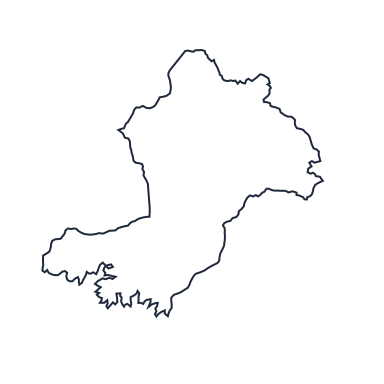 Patrocínio Paulista, São Paulo, Brazil (Mercator projection), rotated 199°
{"feature_id": "56859067B95718111094950", "entity_name": "Patrocínio Paulista", "entity_type": "district", "adm_level": 2, "iso_a3": "BRA", "parent_name": "Brazil", "parent_adm1": "São Paulo", "projection": "mercator", "projection_center": [-47.28, -20.694], "detail": "fine", "context": "isolated", "style": "outline", "palette": "slate", "viewbox_px": 384, "rotation_deg": 199, "n_neighbors": 0, "source": "geoboundaries", "source_scale": "gbopen_adm2", "svg_char_len": 4531}
<svg xmlns="http://www.w3.org/2000/svg" viewBox="0 0 384 384"><g transform="rotate(199 192 192)"><path d="M312.1,83.5L310.3,77.9L308.8,74.4L308.6,72.0L307.8,68.9L305.1,68.2L303.5,71.1L301.2,68.9L298.0,68.5L295.1,68.6L291.8,69.7L290.1,72.0L288.5,74.6L286.3,75.9L283.8,75.0L283.5,71.5L281.5,68.5L278.7,67.7L276.1,68.6L274.4,72.0L272.2,74.4L270.4,72.3L269.7,70.1L268.3,67.7L266.4,70.5L266.4,73.3L265.6,76.7L265.4,79.4L265.5,82.2L263.3,81.4L261.1,81.9L259.3,83.9L255.8,83.1L255.4,87.3L255.5,91.0L255.2,93.3L253.4,96.2L249.4,94.2L250.3,91.8L250.2,88.9L247.5,87.2L247.5,84.6L244.4,86.2L239.4,86.6L236.7,87.0L238.7,84.0L242.4,83.9L245.1,81.5L248.6,81.1L250.2,79.1L252.0,77.2L253.8,73.5L250.8,72.7L247.3,72.3L249.2,69.0L250.8,66.2L247.0,66.3L248.6,63.9L245.6,62.4L242.6,62.4L242.3,60.0L243.0,57.3L239.0,58.6L236.9,62.1L235.4,59.0L235.8,56.3L233.8,54.6L232.1,58.6L230.9,61.9L228.0,60.7L226.8,63.7L228.6,68.0L230.4,71.3L226.7,72.9L226.1,70.4L224.1,69.3L223.5,65.7L221.5,63.2L219.0,61.5L218.5,63.7L216.7,65.2L212.8,63.7L213.0,66.4L214.6,69.4L215.8,72.7L213.3,75.1L211.4,77.9L211.2,80.7L208.9,79.0L208.4,75.3L207.4,72.6L206.7,69.7L204.1,70.5L201.7,70.3L201.3,72.7L200.0,75.1L196.2,77.2L195.4,74.4L195.7,69.2L193.6,72.4L190.5,75.0L188.3,76.0L187.9,72.5L188.8,70.1L186.8,67.5L187.3,64.5L185.1,62.7L184.1,65.6L182.1,68.4L179.2,71.2L178.2,68.2L174.4,66.7L174.6,69.3L174.5,72.5L173.5,75.8L174.5,78.8L176.1,82.2L177.2,85.2L175.8,88.7L173.2,90.9L171.1,92.4L168.9,94.9L167.0,97.4L164.8,100.1L164.2,103.7L164.2,106.9L163.4,111.5L162.7,114.3L161.5,116.2L158.0,118.8L154.7,121.8L153.2,123.9L151.7,125.8L148.5,129.4L144.8,133.1L143.9,135.8L144.8,139.5L145.2,143.4L144.8,146.0L144.5,148.7L144.2,151.6L144.8,154.3L145.4,157.4L146.3,160.5L147.8,164.0L148.5,166.6L149.6,168.7L151.9,170.4L151.3,173.2L149.0,175.5L146.3,177.2L145.1,180.6L141.9,182.8L140.8,185.9L141.5,189.0L139.6,192.1L138.3,195.5L138.8,198.3L138.5,201.3L137.7,205.0L136.0,207.7L132.6,207.7L130.7,209.9L128.3,209.3L126.6,211.3L125.4,214.2L123.7,215.7L122.7,219.4L120.3,220.1L117.8,219.8L114.6,220.1L111.5,221.2L107.9,222.2L103.8,223.6L100.7,223.0L97.1,225.4L92.9,225.4L92.2,223.2L89.4,223.6L85.2,223.2L83.3,221.7L81.0,222.3L81.3,224.6L78.8,226.7L77.9,228.9L77.9,232.1L78.4,235.0L77.8,239.0L74.7,242.5L71.9,245.1L74.3,246.7L76.0,248.1L80.0,247.3L81.5,248.9L83.9,249.6L85.8,247.9L89.2,248.5L89.7,251.9L87.3,255.2L90.6,257.8L88.7,260.3L85.7,259.6L83.4,261.2L80.7,263.0L82.8,266.1L84.5,268.8L85.1,271.4L87.8,272.7L91.2,272.8L94.4,276.2L96.9,279.8L98.8,282.4L101.0,284.1L104.4,285.4L107.1,287.0L109.9,286.9L113.7,286.5L116.1,288.6L117.4,291.0L118.0,293.6L120.0,294.7L122.6,295.5L126.0,294.5L129.7,294.9L134.1,296.2L136.2,299.0L139.7,299.3L142.6,299.0L145.7,298.9L147.1,301.3L150.6,301.3L153.1,300.5L154.5,302.6L152.9,305.4L151.4,307.9L150.8,310.6L152.1,313.9L151.3,316.1L153.2,317.7L155.6,318.3L153.9,320.4L156.8,324.4L159.9,325.1L163.1,325.8L166.0,325.4L167.7,322.0L169.4,319.4L171.4,316.4L175.6,317.4L177.2,315.3L177.2,311.9L180.2,311.6L182.7,312.6L184.0,309.3L187.4,311.5L189.2,310.3L191.6,310.2L194.7,308.3L198.0,308.1L200.2,309.2L201.4,311.4L204.0,312.0L205.1,314.0L206.7,315.8L208.1,317.5L210.2,319.5L212.7,321.7L214.2,324.0L216.0,322.0L218.2,322.9L220.6,324.1L222.1,326.2L224.5,327.2L225.6,329.4L229.0,329.4L232.1,328.2L234.9,327.2L236.3,325.1L239.0,324.6L241.8,324.4L244.3,323.1L252.6,299.8L253.0,296.8L252.2,294.2L249.2,290.4L246.4,284.9L245.6,282.5L245.0,278.1L247.2,274.9L249.9,272.9L253.4,271.0L253.9,267.0L255.0,262.0L256.6,259.5L259.3,257.4L262.3,256.7L266.6,257.4L269.4,254.5L272.2,253.9L273.4,251.0L273.4,246.7L274.3,242.4L275.4,237.2L276.7,235.1L277.1,230.0L279.2,228.9L281.8,226.7L278.7,225.7L276.2,224.7L273.2,221.5L269.5,221.8L267.3,219.7L265.9,216.5L264.8,213.9L263.0,211.9L262.0,209.6L260.5,207.8L259.0,205.4L257.4,202.5L254.6,201.3L251.6,202.0L248.3,202.1L246.7,200.3L246.3,197.4L243.9,195.4L243.3,192.0L240.8,189.7L238.5,187.7L236.2,185.1L235.2,182.6L226.7,162.9L225.5,159.4L224.2,154.8L226.8,153.7L229.8,152.1L233.0,150.0L235.2,147.7L236.7,145.7L238.7,144.6L240.4,142.4L241.6,139.3L244.2,137.9L246.5,136.4L250.0,133.9L251.9,130.8L254.5,129.6L257.1,128.7L259.7,126.3L262.4,123.8L266.9,122.7L269.2,120.9L274.5,118.4L279.8,117.3L282.4,117.4L284.6,117.7L287.1,118.3L289.3,119.5L291.6,119.1L294.3,117.6L297.3,117.2L299.1,114.5L298.9,111.2L299.9,108.1L300.9,105.1L306.1,102.6L308.3,100.3L308.3,97.2L307.6,94.0L307.4,91.6L307.5,89.0L309.7,86.2L312.1,83.5ZM249.4,94.2L247.0,96.0L245.0,97.2L242.4,95.4L246.1,92.5L249.4,94.2Z" fill="none" stroke="#1e293b" stroke-width="2"/></g></svg>